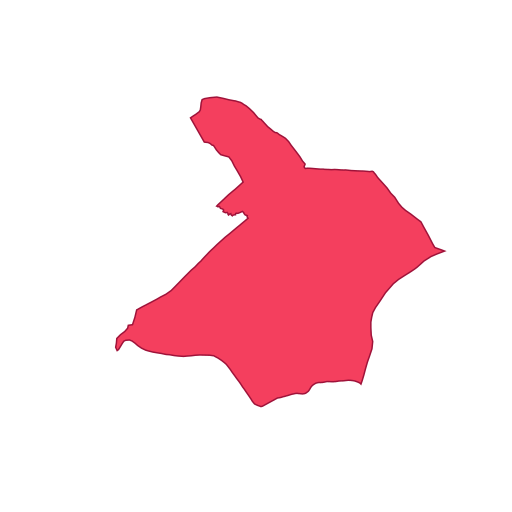 outline of Svay Teab, Svay Rieng, Cambodia, rotated 151°
{"feature_id": "14789045B97672337588040", "entity_name": "Svay Teab", "entity_type": "district", "adm_level": 2, "iso_a3": "KHM", "parent_name": "Cambodia", "parent_adm1": "Svay Rieng", "projection": "mercator", "projection_center": [105.952, 11.09], "detail": "fine", "context": "isolated", "style": "filled", "palette": "rose", "viewbox_px": 512, "rotation_deg": 151, "n_neighbors": 0, "source": "geoboundaries", "source_scale": "gbopen_adm2", "svg_char_len": 4495}
<svg xmlns="http://www.w3.org/2000/svg" viewBox="0 0 512 512"><g transform="rotate(151 256 256)"><path d="M266.2,318.7L265.7,318.1L265.4,317.4L264.2,317.3L263.9,316.2L264.0,314.9L262.8,313.7L262.2,312.9L262.0,311.9L263.3,310.8L262.4,309.5L261.5,308.5L260.1,308.1L259.9,306.8L260.3,305.8L260.1,305.1L258.9,305.5L257.5,305.3L257.8,304.3L257.6,303.4L257.2,302.6L256.5,302.9L254.9,302.5L253.9,302.0L253.2,303.0L252.5,303.0L251.2,302.1L249.1,301.8L246.3,301.6L245.7,299.9L245.9,299.0L245.5,297.0L244.5,296.2L244.0,295.5L244.8,294.7L244.6,292.9L250.1,291.8L257.5,290.4L263.3,289.3L267.8,288.4L273.7,287.4L280.7,285.8L284.9,284.8L288.1,283.9L290.0,283.4L292.5,282.8L295.4,282.0L297.5,281.3L301.4,280.1L305.3,278.8L306.2,278.4L310.0,277.5L314.7,276.0L319.5,275.0L328.2,272.5L337.8,269.6L346.9,266.9L353.3,266.2L358.9,266.4L364.0,266.3L369.7,266.4L380.0,266.7L386.5,266.7L391.7,261.0L397.3,255.8L401.3,257.3L403.2,255.1L407.4,253.6L412.5,252.9L417.7,251.4L420.4,247.4L423.0,244.2L423.3,240.6L421.6,240.8L418.4,242.6L415.1,244.5L412.8,245.6L410.9,245.5L407.4,243.9L405.6,241.7L404.1,238.5L402.9,235.1L400.8,230.9L398.1,227.1L396.0,225.0L392.8,222.0L389.3,219.2L386.2,216.8L382.3,213.4L379.5,211.6L375.7,208.5L372.6,206.3L368.0,203.3L365.2,202.1L361.1,200.2L356.9,198.5L353.0,196.6L348.2,193.8L344.6,191.7L342.1,189.8L341.4,189.4L340.3,187.6L338.7,185.2L336.7,181.3L335.4,178.2L334.5,175.7L334.0,172.7L333.5,169.3L333.2,165.7L332.7,161.9L332.3,158.5L332.0,156.3L331.7,154.4L331.4,151.4L331.2,148.0L330.8,145.1L330.6,142.7L330.2,138.8L329.9,135.6L329.7,133.0L329.6,130.5L329.0,127.3L327.5,125.2L326.8,124.3L325.6,123.0L324.7,121.9L323.1,121.5L306.1,121.4L305.4,121.2L304.6,120.8L303.8,120.6L303.1,120.3L301.7,120.0L300.5,119.8L299.7,119.5L298.8,119.3L298.0,119.1L297.0,118.9L296.0,118.6L294.5,118.3L293.5,118.1L292.8,118.0L291.7,117.7L290.9,117.5L289.8,117.1L288.9,116.9L288.1,116.6L287.5,116.4L286.4,115.8L285.1,114.8L284.4,114.4L283.6,113.8L283.0,113.4L282.3,112.9L281.3,112.5L280.2,112.1L279.0,111.9L276.0,112.3L275.2,112.6L274.0,113.2L273.0,113.8L272.0,114.4L270.8,115.0L269.5,115.4L268.4,115.6L267.6,115.7L266.6,115.7L265.7,115.8L264.6,115.6L263.5,115.3L262.4,114.9L261.6,114.5L260.9,114.0L259.9,113.6L259.2,113.2L258.5,113.0L257.7,112.7L256.4,112.3L255.7,112.1L254.8,111.8L254.1,111.4L253.4,111.0L252.7,110.6L252.1,110.2L251.3,109.7L250.1,109.0L249.0,108.4L248.2,108.1L247.5,107.7L246.4,107.3L245.7,107.0L244.1,106.5L243.2,106.0L242.4,105.7L241.7,105.3L240.9,104.9L240.1,104.5L238.4,103.8L237.2,103.3L236.0,102.8L235.3,102.5L234.6,102.0L233.7,101.5L232.9,100.9L231.9,100.2L230.5,99.1L230.0,98.6L229.3,97.8L228.5,96.9L228.0,96.3L227.1,95.1L226.5,94.0L226.3,93.1L223.7,95.4L219.5,99.5L214.8,104.4L209.9,109.3L205.6,113.1L199.6,118.6L195.4,124.6L193.6,130.9L191.3,135.6L190.2,137.8L187.6,142.5L184.4,146.5L181.3,149.9L176.5,153.0L169.4,156.5L160.6,161.1L149.3,165.2L142.8,166.4L135.4,166.9L128.0,167.3L123.4,167.7L120.6,168.1L111.4,170.2L103.3,170.7L97.1,170.1L88.7,168.9L90.8,171.4L93.4,174.3L95.5,176.7L95.6,181.0L95.3,190.4L95.3,200.5L95.2,205.9L97.4,210.8L100.2,217.4L103.1,223.3L104.8,228.0L105.8,233.1L106.2,240.1L107.7,245.5L108.4,252.0L109.7,257.7L111.0,263.2L111.6,266.0L111.9,269.5L112.3,271.1L112.5,272.7L113.3,273.8L115.7,274.7L117.4,275.9L120.7,278.1L123.9,280.0L127.2,282.0L129.4,283.4L131.2,284.5L133.9,286.4L136.2,288.0L137.3,288.5L140.3,290.3L142.5,291.8L145.2,293.5L148.1,294.9L150.3,296.3L151.8,297.2L154.1,298.6L155.1,299.4L157.8,300.9L161.1,303.1L163.6,304.8L166.5,306.7L168.6,307.9L170.4,308.6L170.8,310.0L170.5,311.0L169.0,312.1L168.5,312.6L168.7,313.7L169.3,316.5L169.5,321.4L170.0,325.2L170.7,330.0L171.6,335.8L172.0,340.2L173.2,344.7L174.4,346.9L175.9,349.5L176.8,350.9L177.5,352.7L178.0,353.7L179.5,354.8L180.6,357.0L181.6,359.8L182.4,361.8L183.1,363.5L183.6,365.7L184.2,368.1L184.7,370.4L185.2,372.0L185.2,372.8L186.0,373.6L187.3,375.7L188.0,379.2L188.6,382.6L190.3,388.1L191.9,392.2L193.2,394.3L194.1,396.3L195.3,398.1L196.4,399.1L198.7,401.5L199.9,402.4L203.9,405.7L208.3,409.8L213.2,414.0L219.3,416.7L224.7,418.6L227.3,418.9L229.7,416.5L232.0,413.2L234.0,410.6L235.7,409.7L239.8,409.1L243.1,408.9L246.3,408.6L246.0,380.7L242.8,378.4L241.5,376.5L241.0,375.1L240.7,374.3L239.6,373.3L239.4,371.3L239.2,368.0L238.5,364.5L237.7,361.7L235.1,359.1L231.7,355.8L231.0,350.9L231.3,345.1L231.1,340.1L231.0,332.9L231.4,326.9L232.3,326.7L237.8,325.4L242.1,324.4L244.5,324.0L250.2,322.9L261.6,320.0L264.4,319.3L266.2,318.7Z" fill="#f43f5e" stroke="#9f1239" stroke-width="1.5"/></g></svg>